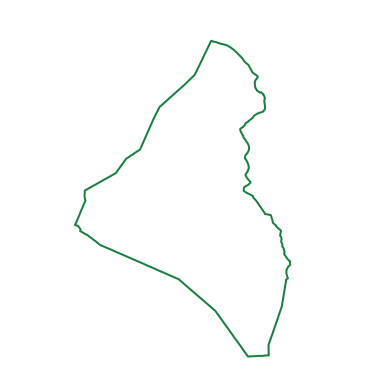 the district of Yogana, Oaxaca, Mexico, rotated 100°
{"feature_id": "50627088B88904238458038", "entity_name": "Yogana", "entity_type": "district", "adm_level": 2, "iso_a3": "MEX", "parent_name": "Mexico", "parent_adm1": "Oaxaca", "projection": "robinson", "projection_center": [-96.801, 16.439], "detail": "fine", "context": "isolated", "style": "outline", "palette": "green", "viewbox_px": 384, "rotation_deg": 100, "n_neighbors": 0, "source": "geoboundaries", "source_scale": "gbopen_adm2", "svg_char_len": 2913}
<svg xmlns="http://www.w3.org/2000/svg" viewBox="0 0 384 384"><g transform="rotate(100 192 192)"><path d="M339.5,88.1L333.9,89.2L329.3,90.1L319.1,88.4L303.3,85.9L289.2,83.7L268.3,83.9L262.0,84.1L260.3,82.6L258.3,83.7L255.6,85.0L252.2,85.4L248.9,84.3L246.6,82.7L243.4,83.3L242.9,84.3L240.8,86.9L239.3,88.3L238.4,89.3L237.1,90.5L236.5,90.6L235.7,90.5L234.9,90.4L234.4,90.6L233.6,91.3L233.3,91.5L232.1,91.7L231.7,91.9L231.2,92.3L230.0,93.6L229.5,93.8L228.3,93.8L228.1,93.8L227.6,94.0L226.9,94.5L226.0,95.3L225.6,95.5L223.8,95.7L222.4,95.7L221.2,96.2L220.9,96.4L219.9,97.5L219.5,97.7L218.9,97.6L217.9,97.7L217.0,97.7L215.5,97.5L215.1,97.6L214.2,98.2L211.6,102.7L210.4,103.5L208.4,106.8L208.1,107.1L206.2,107.7L203.6,109.1L202.2,109.7L201.1,110.5L201.0,110.8L201.0,116.0L200.9,116.0L199.1,117.8L195.6,121.2L193.6,123.2L189.4,127.3L186.7,130.9L185.8,131.0L185.1,131.8L183.1,138.7L182.0,141.1L181.4,141.4L179.4,141.6L178.3,141.4L176.8,140.0L176.1,139.1L175.2,137.9L172.7,136.1L171.8,136.3L170.9,137.7L168.3,140.6L166.4,142.1L165.1,142.2L162.1,140.8L159.0,140.3L158.0,140.4L156.3,140.8L153.8,142.1L151.7,143.7L149.8,145.5L148.6,146.0L147.4,145.9L146.2,145.5L143.9,144.2L140.7,143.3L139.9,143.2L138.4,143.5L136.6,144.1L134.8,145.3L131.3,148.6L129.3,150.8L128.4,151.0L127.7,151.5L126.4,152.8L125.3,153.5L124.2,154.4L122.4,155.4L121.4,155.4L120.1,154.2L119.3,153.0L118.3,152.7L117.6,151.9L115.8,151.4L114.6,150.9L113.1,148.9L112.4,148.8L111.0,147.4L109.1,145.8L108.7,145.2L107.2,144.7L105.6,143.7L103.8,141.6L102.5,139.7L101.2,137.2L100.4,135.9L98.1,134.8L97.1,134.6L95.2,134.9L93.9,135.3L90.1,136.6L86.5,136.6L83.8,138.4L83.8,138.8L83.1,139.1L82.9,139.4L82.2,140.7L81.8,141.2L82.3,142.2L80.9,145.5L78.2,147.8L73.3,149.3L70.6,148.8L67.9,147.3L66.6,147.5L65.7,149.2L64.6,151.5L63.9,153.1L57.0,158.6L55.0,162.2L54.3,163.1L52.3,165.0L50.9,166.7L50.5,167.0L50.4,167.3L50.0,167.9L48.1,170.5L45.1,174.8L43.0,179.0L41.4,183.3L40.7,192.2L40.2,194.1L40.1,197.8L39.7,199.0L40.2,199.5L40.5,199.6L69.7,207.8L76.3,209.8L87.4,217.8L113.9,238.7L126.4,242.5L159.1,250.5L160.3,251.7L161.2,252.7L170.7,262.6L186.6,270.3L187.0,270.7L209.1,297.7L215.0,297.1L218.9,295.5L227.3,297.4L231.7,298.4L234.0,298.9L244.8,301.4L245.3,298.2L246.1,297.4L248.1,295.3L249.9,295.3L250.7,292.9L252.1,289.4L252.3,289.0L252.2,288.3L255.6,281.7L257.5,277.8L259.3,274.7L260.0,273.6L261.1,269.1L262.4,263.4L265.0,252.9L269.4,234.5L271.0,227.8L272.4,222.3L272.8,220.7L273.1,219.2L273.8,216.4L274.5,213.7L275.4,210.0L276.7,204.4L277.6,200.8L279.4,193.4L280.2,189.9L280.5,189.4L281.5,187.8L284.6,182.7L287.2,178.3L290.2,173.3L293.5,167.7L301.6,154.1L305.2,148.2L309.6,143.7L315.9,137.3L318.5,134.6L321.0,132.0L325.2,127.8L327.8,125.2L331.7,121.1L336.3,116.4L338.8,113.9L340.2,112.5L344.3,108.3L344.2,107.8L344.0,106.9L343.6,105.1L343.2,103.5L342.8,101.6L342.0,98.7L341.8,98.1L341.4,95.0L340.4,91.7L339.5,88.1Z" fill="none" stroke="#15803d" stroke-width="2"/></g></svg>